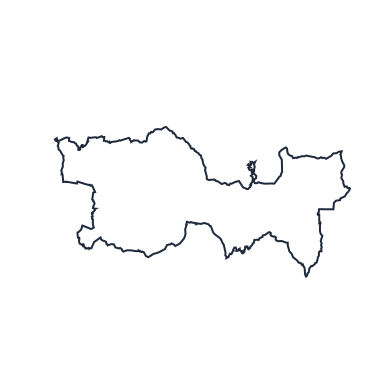 Tismana, Gorj, Romania, rotated 110°
{"feature_id": "2599482B13244509072735", "entity_name": "Tismana", "entity_type": "district", "adm_level": 2, "iso_a3": "ROU", "parent_name": "Romania", "parent_adm1": "Gorj", "projection": "robinson", "projection_center": [22.909, 45.124], "detail": "fine", "context": "isolated", "style": "outline", "palette": "slate", "viewbox_px": 384, "rotation_deg": 110, "n_neighbors": 0, "source": "geoboundaries", "source_scale": "gbopen_adm2", "svg_char_len": 6064}
<svg xmlns="http://www.w3.org/2000/svg" viewBox="0 0 384 384"><g transform="rotate(110 192 192)"><path d="M190.2,339.3L189.5,338.2L190.6,337.1L190.3,336.5L191.3,334.1L195.0,333.8L195.8,332.7L197.3,332.2L197.9,331.5L198.0,330.5L202.1,325.5L202.1,325.0L203.4,324.9L206.0,323.4L209.6,323.2L212.1,322.1L216.7,322.1L217.9,321.1L219.9,320.6L219.5,320.0L220.7,319.2L226.7,316.4L225.3,313.7L225.6,313.4L225.0,311.9L223.4,303.0L221.4,303.2L221.0,294.3L220.6,291.0L220.1,290.5L220.8,289.4L219.9,288.3L225.2,283.0L226.3,284.6L233.2,283.2L233.5,282.1L234.4,281.8L234.3,281.3L235.9,279.7L240.9,279.7L241.1,278.3L240.7,276.9L241.5,277.6L242.2,277.1L243.9,277.6L245.6,278.8L246.2,278.0L246.8,278.5L248.7,277.1L249.5,277.7L250.4,276.7L251.4,276.8L251.8,275.7L256.5,274.0L259.0,272.1L261.3,274.1L261.0,283.5L265.3,283.3L268.1,284.7L269.2,285.7L272.0,284.6L274.1,283.2L273.6,282.3L274.4,281.8L276.6,281.5L278.4,280.3L279.1,279.4L279.2,278.1L278.2,276.2L278.9,275.6L279.5,276.2L279.7,275.4L280.2,275.4L280.0,274.6L281.0,273.7L280.9,272.6L281.4,272.5L281.1,271.3L279.9,270.1L280.7,269.2L279.5,268.3L279.3,267.3L272.6,266.9L266.0,262.4L267.7,261.0L268.2,259.0L268.0,257.5L268.2,255.8L270.2,254.5L270.2,253.7L271.0,253.0L268.8,250.4L267.9,247.6L270.3,245.0L270.0,241.2L269.1,240.5L269.8,238.3L271.0,237.5L271.4,236.1L269.1,233.3L267.8,229.8L266.7,224.3L265.8,222.2L265.2,222.3L265.7,220.6L265.2,220.5L265.7,218.9L265.0,218.3L265.0,216.8L268.0,213.2L268.2,210.8L263.1,206.8L261.6,204.4L259.2,201.7L254.8,197.9L250.3,197.3L248.5,194.3L247.4,193.8L247.5,191.1L248.5,189.3L244.7,185.8L238.7,183.7L236.1,183.5L233.4,183.8L229.3,185.7L225.6,185.8L224.8,186.3L224.4,185.8L223.3,186.5L221.7,186.6L221.7,183.8L220.6,182.8L220.8,181.5L220.2,179.9L220.6,178.9L220.0,178.0L220.8,177.1L219.7,176.7L219.9,175.6L219.3,174.8L218.9,172.6L216.9,169.9L216.7,165.4L217.7,163.8L217.7,162.6L223.0,158.0L224.2,155.4L225.7,150.1L226.7,148.5L229.8,145.5L230.7,144.1L237.6,139.7L240.2,139.0L240.9,137.4L242.4,137.1L240.6,135.5L237.1,135.3L237.0,133.9L236.7,133.6L234.1,133.5L232.9,132.8L232.4,133.5L229.7,133.2L229.2,131.9L230.7,130.6L232.2,130.2L231.2,128.4L229.8,128.5L228.9,127.8L230.4,127.1L230.5,125.4L231.6,125.0L232.5,123.8L232.2,123.3L231.3,122.6L230.0,123.6L229.4,122.5L228.7,123.1L227.3,122.7L225.1,123.3L224.8,122.8L225.5,122.2L224.3,121.2L226.4,119.7L226.4,119.1L225.4,119.1L224.6,118.2L223.3,118.4L221.3,117.3L219.6,117.3L218.6,116.5L215.8,117.0L214.4,114.1L214.4,113.0L212.3,112.7L210.1,110.4L208.7,110.7L207.1,108.5L203.4,106.0L203.2,105.1L203.7,103.8L205.3,103.7L206.3,102.0L206.0,101.2L206.2,100.1L205.5,99.2L206.0,97.5L208.2,97.1L208.7,96.2L208.7,94.0L207.4,91.0L207.3,85.6L206.9,84.7L209.2,83.9L214.3,80.3L216.5,76.6L218.7,74.8L220.3,70.0L221.9,67.6L221.5,66.6L221.9,65.9L221.7,64.7L222.8,64.0L222.2,62.9L223.0,62.7L224.2,60.9L225.6,59.8L230.3,57.8L232.5,56.1L232.2,55.6L230.2,55.3L229.1,55.7L227.3,54.8L223.7,55.6L220.7,54.6L220.4,53.5L217.7,51.9L216.5,51.9L215.6,50.7L210.2,51.3L208.3,51.0L205.7,52.0L204.1,51.9L203.6,50.2L203.2,50.0L201.3,51.2L199.4,51.2L197.9,52.5L196.0,52.6L194.0,54.3L188.6,54.5L187.4,56.7L185.1,58.3L179.7,60.3L177.0,60.7L176.7,61.0L177.5,61.8L176.2,61.9L175.5,62.6L170.2,64.5L170.4,65.2L170.1,65.7L170.6,66.7L169.6,65.8L169.5,66.4L169.1,66.4L169.1,65.7L164.7,66.7L159.9,53.2L153.7,54.9L150.9,53.7L149.0,50.1L147.4,50.4L143.8,46.9L140.0,46.1L138.3,45.2L134.9,44.7L134.4,45.3L135.0,47.3L133.8,48.5L134.9,50.4L132.2,52.7L130.1,53.6L127.9,56.4L124.3,57.0L123.3,58.2L121.5,58.6L116.6,57.5L114.7,58.2L111.9,61.3L109.6,63.2L106.7,64.5L106.2,65.4L102.6,65.2L103.7,67.5L106.1,69.6L107.6,72.6L110.2,73.4L115.0,77.4L114.5,79.3L115.6,81.4L115.2,82.7L117.1,84.4L117.7,86.2L117.3,88.0L118.8,97.4L119.9,98.4L121.0,101.4L122.7,103.2L122.9,104.4L124.2,105.1L124.2,106.2L125.6,108.6L124.0,110.3L124.2,111.9L123.7,114.3L122.0,115.9L118.8,117.5L118.1,118.6L118.3,119.4L121.9,122.2L124.9,123.6L127.8,122.4L130.6,119.0L131.8,118.3L142.6,114.1L144.1,114.5L146.5,114.2L147.8,115.1L155.7,117.4L156.4,118.3L156.4,119.2L159.1,125.9L159.9,129.3L160.1,133.0L161.4,133.9L162.2,136.1L160.8,137.6L158.6,137.7L157.1,136.5L154.9,137.1L153.4,140.3L152.6,140.9L150.6,140.8L149.6,141.4L146.9,141.7L144.7,143.2L142.1,143.0L143.8,144.3L143.2,145.7L144.1,146.0L143.8,147.3L144.9,146.9L145.6,145.8L146.5,145.9L146.8,147.1L146.6,148.5L147.4,148.8L147.2,147.9L148.3,147.0L148.9,145.6L149.9,147.3L151.5,145.8L151.5,145.2L150.3,143.0L152.7,142.5L152.1,142.8L151.9,143.2L152.2,143.2L154.7,141.3L156.6,142.2L157.1,140.3L159.9,139.0L162.1,138.9L164.4,139.5L164.1,139.1L164.4,138.9L166.8,138.9L170.0,140.3L170.4,141.2L170.2,145.5L165.6,151.7L168.1,155.2L170.7,157.7L171.0,158.9L172.9,159.5L172.8,160.8L173.2,161.5L172.4,162.4L172.2,164.2L174.4,166.9L173.2,170.9L173.5,173.3L172.8,174.1L173.0,174.9L172.7,175.3L175.1,180.7L174.7,182.6L172.3,183.5L166.9,187.3L164.5,187.5L162.9,190.0L160.1,192.2L158.5,192.8L156.6,195.0L154.6,196.1L154.4,197.9L153.4,199.1L152.9,201.7L152.4,202.1L152.5,203.5L151.0,204.7L151.2,205.5L150.8,206.2L151.2,206.6L151.4,207.7L150.3,208.9L149.3,209.2L148.9,210.5L147.9,211.4L146.9,213.7L147.0,214.7L144.3,219.0L145.9,221.3L145.6,222.8L146.0,225.1L144.1,227.0L142.7,229.5L143.2,230.1L141.8,231.3L141.9,234.0L139.8,238.5L140.6,240.0L143.7,242.2L144.6,245.7L145.9,248.0L149.1,249.2L149.6,250.1L149.5,250.9L151.3,251.4L151.4,252.4L154.8,253.0L160.0,252.1L160.6,253.0L160.4,254.3L162.6,255.8L163.2,257.9L162.1,260.2L163.2,263.4L163.1,264.2L165.9,266.2L165.0,266.8L164.1,268.3L163.0,268.8L162.7,269.8L168.4,277.2L168.3,278.0L170.0,279.9L172.4,284.6L173.8,285.6L173.0,286.6L173.9,286.9L173.3,289.4L173.9,290.4L173.6,291.8L173.9,292.3L170.3,293.2L171.1,294.8L170.4,295.9L173.8,299.9L173.4,300.5L173.6,301.5L175.9,306.1L176.2,307.9L180.8,307.6L180.5,307.1L183.0,307.6L184.9,308.2L187.9,310.6L185.9,310.0L185.2,310.7L185.6,311.6L188.6,312.2L189.9,311.6L191.0,312.0L191.2,313.3L188.8,314.1L188.0,314.9L187.7,316.2L186.2,317.5L186.1,318.9L185.5,320.2L186.1,321.7L186.0,325.1L183.3,325.8L183.7,328.8L189.5,334.6L189.3,336.7L187.7,337.5L190.2,339.3Z" fill="none" stroke="#1e293b" stroke-width="2"/></g></svg>